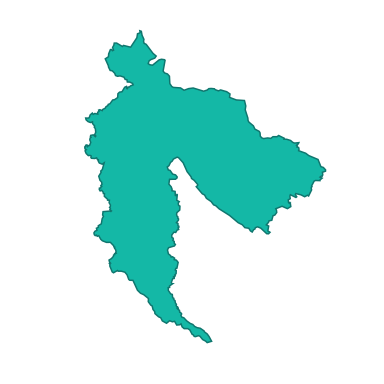 outline of Aipe, Huila, Colombia, rotated 286°
{"feature_id": "7082276B31723879079802", "entity_name": "Aipe", "entity_type": "district", "adm_level": 2, "iso_a3": "COL", "parent_name": "Colombia", "parent_adm1": "Huila", "projection": "albers", "projection_center": [-75.403, 3.239], "detail": "fine", "context": "isolated", "style": "filled", "palette": "teal", "viewbox_px": 384, "rotation_deg": 286, "n_neighbors": 0, "source": "geoboundaries", "source_scale": "gbopen_adm2", "svg_char_len": 5977}
<svg xmlns="http://www.w3.org/2000/svg" viewBox="0 0 384 384"><g transform="rotate(286 192 192)"><path d="M269.1,265.8L270.2,259.7L268.6,258.5L267.5,254.6L265.3,253.0L264.8,249.8L263.1,246.1L263.2,244.4L264.4,242.3L267.6,241.1L268.8,239.9L269.8,235.1L272.5,232.8L274.9,227.4L276.1,226.2L278.5,225.3L285.7,220.5L289.5,220.0L294.4,217.2L292.7,209.2L293.3,202.0L296.7,201.5L298.0,197.7L298.0,191.4L296.5,189.5L296.8,186.0L297.4,185.1L296.8,181.8L296.0,179.7L294.2,178.5L292.1,175.4L292.3,164.5L290.5,160.3L287.6,156.3L288.9,152.3L287.4,145.2L287.8,143.5L290.1,140.8L297.1,138.4L298.7,135.9L298.9,132.8L300.3,130.9L311.2,129.8L311.6,129.1L311.2,126.1L310.0,124.0L303.0,119.1L302.7,116.5L303.3,114.5L306.1,114.6L307.8,115.8L310.4,119.3L312.8,120.1L314.5,116.3L321.3,107.3L321.7,105.0L323.5,103.9L325.5,103.7L328.9,100.8L332.5,99.0L332.6,97.4L331.2,98.1L330.4,97.8L329.1,96.0L325.1,96.5L314.3,93.1L314.0,85.7L312.7,85.0L314.4,78.5L313.7,76.2L311.4,76.4L309.1,75.8L306.7,77.5L305.9,76.6L306.8,75.1L306.4,74.3L301.8,73.8L299.0,74.4L296.1,71.9L290.3,76.8L289.1,77.3L286.3,79.8L286.5,82.0L284.8,85.0L282.9,86.4L282.7,88.5L283.8,90.9L283.6,95.0L281.8,96.7L282.0,98.5L279.9,99.5L280.5,101.8L280.0,104.9L278.8,105.9L277.1,103.7L275.6,102.8L275.3,101.7L273.5,101.4L273.5,100.8L275.4,99.9L274.1,98.4L269.1,97.1L268.0,94.8L266.1,93.7L262.3,94.5L259.4,92.1L258.6,90.4L254.2,88.8L253.1,87.3L251.9,87.3L250.3,85.8L248.7,85.5L246.7,83.4L245.5,83.3L245.7,80.7L245.0,79.7L243.9,80.4L242.6,79.3L240.9,80.0L240.7,76.9L239.4,75.6L240.4,74.4L238.1,72.9L235.2,72.7L234.4,71.9L233.8,69.4L232.2,70.3L231.0,72.7L230.8,75.3L232.0,77.0L230.4,77.5L228.6,80.2L227.3,80.2L226.3,81.6L222.9,83.0L220.2,82.6L219.3,84.1L218.5,83.8L219.7,81.3L218.5,79.0L217.2,79.1L216.8,79.9L215.8,79.2L213.9,79.4L211.8,81.0L208.5,80.7L208.1,79.8L207.0,79.2L208.2,78.6L208.1,77.3L207.1,76.9L206.4,77.4L205.8,76.5L204.3,77.1L203.5,78.7L202.7,77.8L201.6,78.2L199.8,79.7L198.4,82.3L199.1,83.9L198.8,85.2L197.3,85.3L196.7,86.0L197.4,89.3L198.5,90.9L196.9,92.4L197.2,93.1L195.7,93.5L194.3,94.9L194.0,98.0L195.8,99.5L188.8,99.6L187.0,98.5L185.8,99.2L181.5,98.0L177.9,100.3L176.6,102.4L174.4,103.4L173.2,102.6L172.4,103.7L171.7,103.0L170.7,103.1L170.2,101.9L168.8,102.2L167.7,103.4L168.7,104.8L167.4,106.6L166.1,107.2L166.3,108.3L163.7,108.9L161.7,112.9L160.9,113.1L161.3,114.9L158.8,115.3L157.0,117.2L155.4,117.5L154.5,117.0L153.7,118.1L152.5,117.9L151.6,119.8L150.9,119.4L151.1,118.5L148.6,111.9L145.3,112.4L144.2,113.6L141.5,113.0L136.4,113.6L133.7,111.2L132.2,111.7L130.8,110.1L129.0,111.2L127.5,109.5L125.6,109.0L124.0,109.9L123.4,111.0L124.2,112.1L123.3,113.1L124.3,114.4L121.4,117.3L120.4,119.3L120.0,123.6L121.1,127.4L118.8,131.4L117.6,132.2L117.7,132.9L116.5,133.1L115.6,134.4L113.7,135.5L112.9,135.2L112.3,136.0L111.3,134.6L110.5,134.9L109.8,134.0L108.5,134.2L105.8,132.9L103.7,131.0L101.8,132.1L101.2,133.2L100.5,132.3L99.8,133.1L98.2,133.4L93.2,137.3L92.7,138.8L96.0,142.0L95.5,142.8L96.4,145.8L96.4,149.6L94.5,152.4L90.5,155.3L90.0,156.5L90.8,159.6L82.5,166.7L80.5,170.4L80.0,173.9L77.6,179.5L74.5,180.2L71.9,183.5L71.5,185.1L68.3,186.9L66.8,189.1L64.9,189.9L62.8,194.3L62.5,196.6L59.9,199.0L58.8,203.7L62.1,206.0L61.8,208.9L62.9,210.9L59.9,214.0L61.0,216.8L62.2,217.8L59.6,219.7L58.5,222.1L59.5,225.7L58.8,227.9L55.2,231.4L55.0,232.7L53.8,233.9L53.9,235.2L55.6,237.7L55.6,239.3L53.1,242.9L52.4,246.2L51.4,248.1L53.9,252.0L57.7,248.3L59.7,245.8L61.0,242.5L61.8,241.9L63.3,237.5L63.0,234.3L63.5,231.6L64.9,229.3L65.2,226.4L66.6,222.6L68.9,218.7L68.8,216.9L70.4,215.3L71.9,215.7L73.0,214.3L73.0,213.3L74.8,212.6L75.2,211.4L76.3,210.9L75.9,210.4L76.8,210.2L76.5,209.6L77.7,209.6L77.8,208.7L78.6,208.0L79.7,208.0L80.8,206.6L82.9,205.6L83.5,204.2L84.8,203.8L85.1,202.5L88.1,201.3L88.2,199.6L90.8,196.4L93.5,195.5L94.1,196.8L95.5,196.3L98.5,198.7L98.3,197.9L99.3,197.1L103.3,197.3L104.0,198.7L105.2,198.4L105.3,197.0L105.9,198.6L106.9,199.0L107.5,198.3L109.1,199.2L112.1,198.5L112.4,197.4L114.1,197.5L114.6,198.5L120.5,198.1L122.2,195.8L122.1,193.5L123.6,193.5L124.4,191.1L123.7,189.9L124.9,189.1L126.0,186.4L129.5,184.4L132.0,184.8L135.3,190.0L137.0,190.5L137.8,189.1L139.6,188.5L140.2,186.9L141.6,187.1L142.5,186.5L142.7,185.2L145.1,184.4L148.4,185.7L148.6,187.5L151.3,188.2L152.3,189.5L153.7,188.5L154.4,189.1L155.5,188.8L155.6,187.8L157.8,187.2L158.2,185.5L161.2,186.7L162.4,186.5L162.9,185.5L164.1,185.4L164.7,184.2L166.1,183.4L167.9,183.1L171.3,185.2L175.1,184.3L175.4,182.9L176.5,182.2L177.8,181.8L179.2,182.4L179.9,179.6L185.3,178.6L185.5,178.2L184.1,177.5L184.1,176.9L187.9,175.6L187.7,172.3L189.2,172.1L191.3,170.5L193.2,167.6L198.0,166.9L199.7,172.6L201.3,173.7L202.4,173.6L203.9,171.5L203.9,168.4L206.7,165.0L206.7,163.1L209.3,161.3L210.9,162.6L214.5,163.2L216.1,164.4L218.6,165.1L221.4,168.1L221.3,169.6L217.7,175.4L210.2,181.7L206.4,186.9L204.9,187.8L203.8,190.9L200.8,195.4L199.7,195.6L198.3,194.6L193.1,202.4L192.6,204.9L189.9,207.6L188.1,213.0L185.6,216.3L185.4,218.6L183.3,222.7L179.8,234.6L175.2,244.9L174.4,249.4L172.3,252.6L172.8,256.6L170.7,258.9L170.1,260.9L172.7,261.6L173.8,262.7L175.1,262.7L176.6,264.6L176.2,268.1L172.5,275.3L172.9,277.1L174.8,278.1L175.5,275.6L180.4,275.1L180.9,272.5L183.9,273.9L185.5,274.0L186.8,276.5L191.5,276.4L192.7,278.0L195.7,279.1L197.8,278.2L199.0,277.1L203.1,282.5L202.3,288.3L205.2,291.0L207.9,289.8L208.0,288.7L208.9,289.1L208.7,287.6L211.0,286.7L212.6,288.3L215.0,287.2L216.5,287.3L215.4,293.4L216.3,294.0L217.9,292.1L219.1,292.2L219.3,297.6L218.5,301.6L220.7,303.9L220.3,305.2L227.0,306.4L228.2,305.7L229.4,305.4L230.2,305.9L230.8,305.3L236.1,306.4L237.1,307.5L238.2,311.9L238.9,311.7L241.2,313.3L241.6,311.0L243.0,312.0L243.1,312.8L244.5,313.0L246.9,311.9L248.8,314.6L250.1,314.3L251.8,311.5L251.9,308.9L258.0,304.2L259.2,294.2L260.6,290.6L261.1,283.1L262.6,283.1L264.2,282.2L264.2,280.5L265.3,280.5L265.7,279.6L267.6,280.9L268.9,281.1L267.3,277.1L267.5,275.1L268.7,272.6L268.8,268.6L268.2,265.8L269.1,265.8Z" fill="#14b8a6" stroke="#0f766e" stroke-width="1.5"/></g></svg>